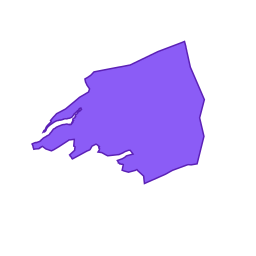 Eidfjord nor, Hordaland, Norway, rotated 330°
{"feature_id": "86288312B69924208122443", "entity_name": "Eidfjord nor", "entity_type": "district", "adm_level": 2, "iso_a3": "NOR", "parent_name": "Norway", "parent_adm1": "Hordaland", "projection": "robinson", "projection_center": [7.063, 60.345], "detail": "fine", "context": "isolated", "style": "filled", "palette": "violet", "viewbox_px": 256, "rotation_deg": 330, "n_neighbors": 0, "source": "geoboundaries", "source_scale": "gbopen_adm2", "svg_char_len": 4851}
<svg xmlns="http://www.w3.org/2000/svg" viewBox="0 0 256 256"><g transform="rotate(330 128 128)"><path d="M212.0,110.1L212.4,106.5L214.4,100.1L216.3,94.1L217.3,90.8L217.5,90.4L218.0,88.7L218.3,87.6L218.6,87.0L219.0,85.8L220.2,81.3L217.3,80.9L214.8,80.5L192.1,76.8L161.2,74.5L159.9,74.0L152.6,71.5L150.8,70.8L139.9,67.0L126.6,62.4L122.2,63.7L117.9,64.0L115.2,64.0L114.7,65.5L114.3,66.7L114.2,66.9L114.1,68.7L113.9,70.3L114.2,74.0L114.3,74.9L111.8,77.1L101.3,77.2L98.7,77.7L87.5,79.6L83.4,80.3L77.9,80.1L73.3,79.9L70.3,80.9L69.4,81.1L66.3,82.2L66.0,82.4L64.7,82.7L64.7,84.1L60.3,85.3L58.5,85.9L58.1,86.1L57.4,86.5L56.1,87.5L55.9,87.7L55.6,88.1L53.9,88.2L53.7,88.4L53.4,88.6L53.0,88.8L52.6,89.1L52.8,89.1L53.4,89.5L53.6,89.6L54.1,89.6L55.5,89.2L56.2,88.7L56.4,88.4L57.2,87.8L58.8,87.1L59.1,87.0L59.2,86.9L59.7,86.8L60.1,86.7L60.5,86.6L61.0,86.6L62.5,86.3L64.3,86.2L64.5,86.1L65.2,86.1L65.7,86.1L66.1,85.9L67.0,86.0L67.6,85.9L68.1,86.0L68.3,86.0L68.5,86.0L69.9,86.1L70.6,86.3L70.9,86.5L71.4,86.6L71.7,86.8L72.3,86.8L72.7,86.9L72.8,87.0L73.2,87.3L73.4,87.4L73.6,87.4L73.9,87.5L74.1,87.6L75.1,87.9L75.6,87.9L76.5,88.2L76.8,88.1L77.4,88.3L78.0,88.5L78.5,88.7L78.7,88.9L79.2,89.2L79.3,89.3L79.7,89.5L79.9,89.6L80.6,89.6L81.7,90.1L82.8,90.4L83.8,90.4L84.4,90.5L84.8,90.5L85.1,90.4L85.6,90.3L85.7,90.2L86.5,89.8L87.2,89.6L87.4,89.4L87.8,89.2L88.2,88.9L89.2,88.8L89.4,88.7L89.7,88.7L90.4,88.4L90.7,88.4L91.2,88.4L91.5,88.3L91.6,88.2L91.8,88.2L92.3,88.0L93.1,87.7L93.5,87.9L93.7,88.0L94.1,88.0L94.2,87.9L94.5,87.8L94.6,87.5L94.9,87.5L94.9,87.3L95.2,87.0L95.8,86.9L96.6,86.9L97.0,87.1L96.9,87.2L96.9,87.5L97.1,87.7L97.1,87.8L96.7,87.9L96.7,88.0L96.7,88.3L96.8,88.4L96.8,88.5L96.7,88.5L96.8,88.5L96.9,88.4L97.4,88.4L97.7,88.4L97.0,88.6L96.6,88.6L96.0,88.9L95.8,89.1L95.2,89.1L94.5,89.3L94.1,89.3L93.6,89.2L93.0,89.0L92.9,89.1L92.7,89.3L92.3,89.6L92.1,89.7L92.1,89.8L91.9,89.9L90.7,90.3L89.3,90.4L89.0,90.4L88.8,90.7L88.6,91.3L88.4,91.4L88.5,91.5L88.4,91.9L88.2,92.0L87.6,92.1L87.3,92.4L87.2,92.5L87.0,92.4L86.7,92.5L85.7,92.4L85.3,92.4L85.1,92.6L84.4,93.1L84.4,93.5L83.9,94.0L84.0,94.1L83.9,94.1L83.8,94.6L83.7,94.8L83.3,95.0L83.0,94.9L82.8,95.0L83.0,95.4L83.0,95.5L82.8,95.6L82.5,95.0L82.3,95.1L82.2,95.2L81.9,95.4L82.0,95.4L81.9,95.6L82.0,95.7L82.0,95.8L81.2,96.2L80.7,96.5L80.3,96.5L79.9,96.3L80.1,96.2L79.8,96.2L79.6,96.1L79.4,95.9L79.4,95.7L79.0,95.6L78.3,95.3L78.2,95.1L77.7,94.7L77.3,94.2L77.1,94.0L75.7,93.5L74.7,93.2L73.8,92.7L72.5,92.3L71.8,92.2L69.5,91.9L69.2,91.8L68.6,91.7L67.6,91.7L67.4,91.6L66.5,91.5L65.6,91.6L65.3,91.8L65.2,91.8L64.6,91.8L64.3,91.7L63.8,91.7L62.8,91.7L62.3,91.9L62.1,92.0L60.9,92.6L60.3,92.7L59.5,93.2L57.7,93.7L57.4,94.0L57.2,94.0L56.9,94.2L56.7,94.3L56.1,94.4L55.3,94.4L54.0,94.3L53.3,94.3L52.5,94.5L51.8,94.4L50.6,94.4L49.9,94.4L49.0,94.5L48.9,94.6L48.5,94.8L47.6,94.8L46.6,95.0L46.3,95.3L45.5,95.5L45.1,95.4L44.9,95.3L44.6,95.4L44.0,95.4L43.9,95.3L43.4,95.2L43.2,95.1L42.5,95.1L42.1,95.0L41.8,95.0L41.7,95.0L41.7,94.9L41.3,94.6L41.0,94.5L40.9,94.5L40.8,94.4L40.4,94.4L40.1,94.2L37.0,93.8L36.8,94.2L36.8,94.4L36.9,94.9L36.7,95.6L36.7,96.1L36.2,97.3L35.9,99.0L35.8,99.3L37.7,100.0L40.5,101.4L41.1,101.2L41.3,101.1L41.6,101.3L41.8,101.2L42.0,101.1L42.6,101.3L42.8,101.2L43.2,101.1L43.6,100.9L43.9,101.1L44.0,101.1L44.7,101.1L46.4,105.1L47.0,105.8L47.6,106.4L49.1,108.2L50.3,109.5L52.8,109.7L59.0,109.6L70.1,109.0L70.8,108.9L71.1,108.8L71.6,109.2L75.5,110.8L75.8,111.0L74.4,113.1L74.1,113.5L72.0,116.5L72.2,116.9L72.2,117.1L72.6,117.5L72.5,117.8L72.6,118.0L72.2,118.6L71.8,119.0L71.7,119.2L71.5,119.3L71.3,119.5L70.8,120.6L64.0,122.1L64.2,122.7L64.0,122.9L63.9,123.3L64.1,123.8L64.1,124.1L64.2,124.3L64.2,124.6L64.4,125.4L64.3,125.8L64.2,126.1L64.2,126.5L64.4,127.0L79.9,127.4L80.7,127.4L83.7,127.8L84.4,127.7L87.8,125.7L92.2,126.0L92.9,127.1L93.1,127.5L93.2,128.2L93.9,129.7L93.1,129.9L93.0,130.2L93.1,130.5L92.8,130.9L92.7,131.1L92.7,131.3L92.7,131.5L92.9,131.6L92.7,131.8L92.6,132.2L92.5,132.4L92.3,132.5L92.1,132.7L90.0,133.8L93.0,136.2L95.2,139.9L96.5,141.9L105.6,145.9L106.3,146.2L106.8,146.5L111.3,147.0L113.3,146.9L116.9,147.5L117.1,147.5L118.7,148.4L118.8,148.6L119.2,151.9L119.3,153.1L113.0,151.4L112.3,151.4L111.1,151.7L109.9,151.8L108.7,151.8L107.8,151.8L102.5,150.8L102.5,151.3L102.6,151.7L102.6,151.9L102.6,152.0L102.5,152.3L102.5,152.6L102.5,153.0L102.4,153.1L102.2,153.4L102.3,153.5L102.7,154.0L102.9,154.4L103.1,154.6L102.9,154.8L102.9,155.0L103.5,155.4L104.2,156.1L104.7,156.4L105.0,156.5L105.4,156.9L105.6,157.4L102.1,161.3L101.8,161.6L102.4,162.3L103.0,163.1L106.3,166.5L113.3,168.4L114.9,168.4L115.0,168.5L115.1,169.8L115.3,170.4L117.3,176.8L117.5,177.5L117.0,178.6L115.7,181.5L114.5,184.3L136.7,186.7L138.6,186.8L142.2,186.8L145.4,186.9L160.1,189.4L161.5,189.7L162.1,190.0L164.3,191.5L169.9,193.6L189.6,173.2L195.1,155.0L208.3,141.6L212.0,110.1Z" fill="#8b5cf6" stroke="#5b21b6" stroke-width="1.5"/></g></svg>